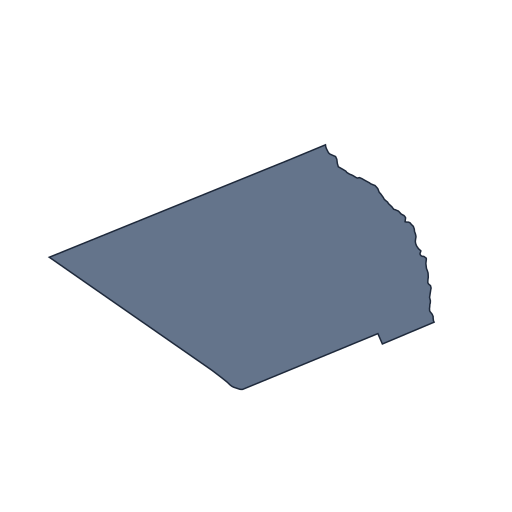 the district of Ituzaingó, Buenos Aires, Argentina, rotated 113°
{"feature_id": "61730980B5073290621442", "entity_name": "Ituzaingó", "entity_type": "district", "adm_level": 2, "iso_a3": "ARG", "parent_name": "Argentina", "parent_adm1": "Buenos Aires", "projection": "robinson", "projection_center": [-58.708, -34.64], "detail": "fine", "context": "isolated", "style": "filled", "palette": "slate", "viewbox_px": 512, "rotation_deg": 113, "n_neighbors": 0, "source": "geoboundaries", "source_scale": "gbopen_adm2", "svg_char_len": 1728}
<svg xmlns="http://www.w3.org/2000/svg" viewBox="0 0 512 512"><g transform="rotate(113 256 256)"><path d="M126.5,235.5L154.3,262.8L337.9,445.8L347.2,401.5L378.4,252.0L381.5,239.9L383.3,233.5L384.8,229.5L385.1,228.4L385.4,227.0L385.5,225.2L385.3,222.7L385.0,218.9L384.6,217.5L384.0,216.2L279.8,113.5L287.6,105.3L247.3,66.2L246.1,67.5L244.9,68.1L243.8,68.8L242.8,69.1L242.0,69.8L240.7,71.2L239.7,73.1L239.1,74.2L238.5,74.8L236.5,75.8L235.0,76.2L233.9,76.6L232.5,77.1L231.2,77.2L229.0,78.0L227.6,79.1L226.9,79.6L226.2,80.1L224.5,80.5L222.6,81.0L220.9,81.4L219.1,81.9L217.1,82.3L215.1,83.8L214.6,85.5L214.2,86.5L213.3,87.5L212.0,88.0L210.6,88.5L208.3,89.1L206.8,89.8L204.4,91.0L202.4,92.7L200.9,94.2L197.6,96.1L196.6,96.7L192.5,97.9L191.5,98.4L190.8,101.4L191.3,102.7L191.3,104.0L190.6,105.4L189.7,106.0L186.9,106.2L186.1,108.3L185.8,109.4L184.9,110.6L184.4,111.6L183.8,112.3L183.2,112.9L182.4,113.7L180.8,114.8L180.1,115.1L178.1,115.7L175.9,116.2L174.4,117.1L173.0,118.2L171.6,119.6L170.5,120.2L169.4,120.8L167.2,122.8L166.6,124.4L165.9,126.0L165.3,127.0L165.2,128.8L166.0,130.7L166.2,132.2L162.4,133.2L161.5,134.4L160.9,135.7L160.8,137.4L160.6,138.9L159.0,142.4L159.0,146.0L159.2,147.5L157.6,150.2L156.0,154.6L155.0,155.9L154.2,158.7L153.5,160.4L152.4,161.7L149.8,166.0L149.5,167.0L148.9,167.8L146.5,170.1L146.0,171.0L145.2,172.7L144.6,174.1L144.7,175.6L144.7,177.5L144.7,178.7L144.3,180.2L144.2,181.5L143.8,185.6L143.6,187.2L143.4,188.7L143.4,191.4L144.6,193.0L144.7,194.2L144.1,198.1L144.0,199.7L144.1,201.7L143.6,205.1L142.8,206.5L142.3,209.9L141.7,215.1L139.0,217.3L135.4,219.4L133.4,221.6L133.3,227.7L132.7,229.5L132.0,230.4L129.8,233.0L128.3,234.4L126.5,235.5Z" fill="#64748b" stroke="#1e293b" stroke-width="1.5"/></g></svg>